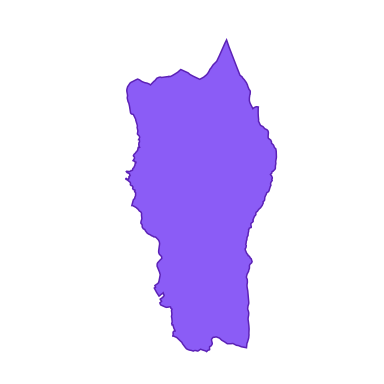 Cristioru De Jos, Bihor, Romania (Natural Earth projection), rotated 281°
{"feature_id": "2599482B34399492593990", "entity_name": "Cristioru De Jos", "entity_type": "district", "adm_level": 2, "iso_a3": "ROU", "parent_name": "Romania", "parent_adm1": "Bihor", "projection": "natural_earth1", "projection_center": [22.603, 46.434], "detail": "fine", "context": "isolated", "style": "filled", "palette": "violet", "viewbox_px": 384, "rotation_deg": 281, "n_neighbors": 0, "source": "geoboundaries", "source_scale": "gbopen_adm2", "svg_char_len": 6043}
<svg xmlns="http://www.w3.org/2000/svg" viewBox="0 0 384 384"><g transform="rotate(281 192 192)"><path d="M288.1,240.9L288.1,239.4L287.6,238.1L286.6,236.8L285.4,235.9L289.4,232.7L291.2,231.5L292.9,230.8L295.2,230.4L298.4,230.2L299.0,230.4L301.5,230.1L302.7,229.6L303.5,228.5L306.7,226.4L307.5,226.1L309.7,224.5L312.2,221.9L313.6,220.0L314.5,219.3L315.8,216.8L323.0,212.2L341.5,200.6L347.9,196.9L344.3,195.9L331.2,192.9L325.0,191.3L320.9,188.5L317.3,187.0L315.9,186.2L313.8,185.7L311.2,184.7L309.7,183.8L306.9,181.5L304.1,178.1L305.8,171.4L307.0,167.5L308.2,165.5L310.1,157.6L306.7,155.0L304.0,152.1L301.9,149.7L301.1,148.4L301.2,147.3L300.7,147.1L300.6,146.1L298.6,140.2L298.8,139.3L298.4,137.9L297.0,135.8L294.0,134.2L293.5,133.6L289.2,130.8L289.9,129.2L290.3,127.1L290.3,124.8L290.9,121.7L292.0,119.2L292.5,117.1L291.3,115.4L288.8,112.3L288.3,111.5L287.1,110.4L283.0,108.7L280.6,108.5L279.3,108.6L278.2,108.9L275.7,109.9L274.1,110.4L272.4,110.4L271.6,110.6L268.5,112.0L267.2,113.0L264.5,114.2L258.2,116.5L257.8,116.7L257.1,117.6L257.0,118.2L257.0,119.3L256.8,119.7L252.7,122.8L251.7,123.1L247.2,125.5L246.3,125.8L244.9,125.8L241.7,127.2L238.7,127.3L238.3,127.5L237.0,129.4L235.9,130.2L234.8,130.1L233.2,129.6L233.2,130.4L231.2,130.9L230.5,130.8L230.2,130.5L228.3,130.7L228.0,131.0L227.6,131.1L227.4,131.0L226.8,131.4L226.1,131.5L226.0,132.0L225.9,132.1L225.5,131.6L225.6,130.9L225.3,130.9L224.8,130.5L224.0,130.8L223.3,130.6L222.6,130.7L222.3,130.4L221.3,130.1L220.6,129.5L219.4,129.0L218.0,128.0L216.4,127.5L216.2,127.6L215.3,128.8L214.0,129.1L211.5,128.1L211.4,128.3L211.3,129.7L210.7,130.1L210.7,131.2L209.9,131.4L209.4,130.9L208.9,130.8L207.0,130.8L205.9,130.4L204.8,130.3L204.2,129.7L203.4,129.4L202.3,129.5L201.9,129.2L201.6,128.8L201.5,128.1L200.8,127.8L200.4,127.2L200.1,126.1L199.9,123.9L199.5,123.6L199.1,124.1L198.6,124.7L198.2,126.8L197.9,127.2L197.0,127.5L196.6,128.1L196.0,128.0L195.2,127.3L194.7,127.1L194.3,127.6L192.4,127.1L192.2,126.6L192.2,126.2L192.8,125.1L192.8,124.8L192.7,124.6L192.2,124.5L191.8,124.9L191.5,126.2L189.7,129.5L188.8,130.0L187.7,130.0L187.2,130.2L186.7,131.1L186.6,132.2L185.6,133.1L185.3,133.1L184.4,133.0L184.1,133.1L183.2,133.9L183.1,134.4L183.1,135.5L182.9,135.7L181.3,135.6L181.2,135.7L181.0,136.4L180.4,136.8L177.5,137.3L176.6,137.1L175.9,136.9L174.5,137.0L173.9,136.3L173.4,136.0L171.6,135.8L167.2,135.5L167.3,136.1L167.2,136.8L165.9,140.7L165.5,141.0L164.9,142.2L163.3,144.0L162.8,145.4L162.0,146.2L161.3,146.6L159.7,146.8L156.2,147.9L153.5,147.6L151.8,147.7L151.2,148.2L150.8,148.9L149.7,149.5L148.5,149.7L147.7,150.1L147.5,150.4L146.6,151.2L146.4,151.8L146.3,152.7L145.1,153.6L143.0,156.0L142.3,157.8L142.1,159.0L141.7,160.0L141.4,160.4L141.1,162.2L140.7,162.8L140.8,164.8L140.5,165.4L138.6,168.1L137.0,169.4L135.0,170.1L127.7,170.5L126.1,170.9L124.7,171.8L122.8,174.5L120.9,175.0L119.8,174.1L116.0,171.8L114.7,171.5L112.5,171.9L107.3,175.3L104.7,176.6L98.3,176.6L96.5,176.4L95.2,175.4L93.1,173.4L91.6,174.4L90.5,173.3L86.6,176.5L83.5,179.5L84.2,180.2L85.7,181.3L86.6,182.4L87.5,182.9L85.2,184.4L83.9,184.0L82.9,183.1L82.7,183.2L80.8,181.2L80.3,181.4L79.5,182.6L78.9,183.0L77.0,181.6L75.4,182.6L75.1,183.0L74.0,187.8L73.9,188.9L74.3,190.2L75.0,192.0L75.1,192.8L73.7,193.6L73.2,194.7L71.5,194.5L69.6,195.2L68.0,195.6L65.8,195.6L64.2,196.3L60.4,197.4L59.3,197.1L57.7,197.8L58.0,198.5L54.8,200.2L52.8,201.7L52.3,201.9L51.9,200.7L51.2,200.3L50.6,200.2L49.7,200.3L49.2,200.7L47.1,200.6L46.8,200.8L47.1,201.5L46.8,202.4L46.4,204.3L46.1,205.1L42.4,210.8L41.3,211.6L38.3,214.9L37.0,216.5L36.5,218.4L36.3,220.4L36.4,221.3L36.1,223.6L36.7,224.4L37.0,225.3L37.1,226.4L36.9,227.4L37.0,228.0L37.3,228.5L39.3,230.4L38.9,232.7L38.6,235.6L38.1,236.8L39.5,237.7L39.8,238.1L40.4,239.3L40.8,239.4L41.6,239.1L43.5,238.8L44.7,240.2L46.4,240.8L47.3,240.8L50.1,239.5L51.2,239.3L52.1,239.7L53.4,240.5L53.7,241.7L54.3,243.1L54.4,243.5L53.8,246.9L52.2,249.4L51.1,252.6L49.8,255.6L50.5,259.2L51.1,261.1L50.0,264.8L50.1,266.9L49.5,269.9L49.5,275.2L53.9,274.8L55.2,275.1L59.5,275.5L62.6,275.2L64.2,274.8L68.3,274.2L71.4,273.4L75.8,272.0L77.8,271.3L79.4,271.1L81.9,271.1L84.0,270.8L85.1,270.4L86.3,269.8L87.2,269.2L88.1,268.9L90.8,268.7L93.1,269.0L94.4,268.8L105.6,265.6L109.2,264.2L111.2,263.7L114.0,263.6L116.1,263.1L117.0,262.8L117.8,262.1L118.7,261.7L119.5,261.6L121.7,261.7L125.1,262.7L126.2,262.6L127.6,262.9L128.4,262.9L130.7,262.4L131.3,262.5L132.1,262.7L133.8,264.0L135.1,264.3L137.7,262.9L138.0,262.5L138.4,261.7L139.0,261.4L140.1,260.1L140.3,259.2L141.3,258.7L142.1,257.5L145.1,255.5L146.3,255.0L146.8,255.3L148.1,255.6L149.8,255.5L151.0,254.7L151.3,254.7L151.8,254.9L154.0,254.7L155.0,254.8L155.4,255.0L157.8,254.7L158.4,254.8L160.0,255.3L162.2,255.0L164.6,255.1L166.0,254.7L166.4,255.1L167.3,255.1L167.5,255.2L168.4,256.8L168.6,256.9L169.2,256.8L170.7,256.2L172.0,255.9L172.4,255.9L173.1,256.4L173.8,257.1L174.7,257.6L175.4,257.6L175.7,257.3L176.1,257.1L177.0,257.4L178.1,257.5L180.4,258.1L181.0,258.6L181.9,259.0L183.1,258.7L184.2,258.8L184.5,258.9L185.5,259.9L186.6,260.3L188.6,261.4L189.4,262.2L192.3,263.5L193.9,263.8L194.3,264.0L196.2,263.7L197.2,264.6L198.0,264.8L200.6,264.5L201.7,264.7L203.9,265.3L205.4,265.5L205.9,265.8L206.2,266.3L207.1,267.1L208.3,267.4L212.3,267.8L213.5,268.2L213.9,268.1L214.1,267.8L215.0,267.7L215.4,267.5L215.8,267.5L216.7,267.7L218.5,268.5L218.9,268.5L219.6,267.9L219.9,267.9L220.7,268.2L221.3,268.1L222.0,267.8L222.4,267.3L223.1,267.0L223.7,266.1L224.2,265.6L224.8,265.9L225.3,266.5L225.7,266.7L226.9,266.7L227.5,266.9L227.8,267.6L228.5,268.0L230.1,269.1L231.2,269.3L233.4,268.9L235.9,268.9L238.0,268.3L241.3,268.3L242.4,268.2L248.1,266.9L250.4,266.0L251.0,265.0L251.4,264.4L253.1,263.4L253.7,262.9L254.5,261.7L255.0,260.8L255.3,260.7L256.3,260.5L258.0,259.4L259.2,256.9L259.6,256.5L261.1,256.1L264.7,255.7L266.3,255.1L267.1,254.2L267.5,253.5L267.8,252.1L268.1,251.2L269.5,249.5L269.8,249.0L270.2,247.4L270.4,246.8L271.1,246.0L273.7,244.2L274.0,243.8L275.7,243.6L279.1,242.6L282.0,241.9L286.8,241.0L288.1,240.9Z" fill="#8b5cf6" stroke="#5b21b6" stroke-width="1.5"/></g></svg>